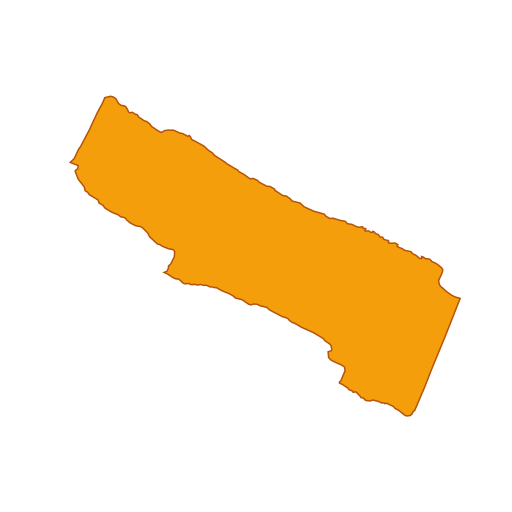 Kimvula, Bas-Congo, Democratic Republic of the Congo (Equal Earth projection), rotated 294°
{"feature_id": "63176286B83971453832478", "entity_name": "Kimvula", "entity_type": "district", "adm_level": 2, "iso_a3": "COD", "parent_name": "Democratic Republic of the Congo", "parent_adm1": "Bas-Congo", "projection": "equal_earth", "projection_center": [16.045, -5.418], "detail": "fine", "context": "isolated", "style": "filled", "palette": "amber", "viewbox_px": 512, "rotation_deg": 294, "n_neighbors": 0, "source": "geoboundaries", "source_scale": "gbopen_adm2", "svg_char_len": 4434}
<svg xmlns="http://www.w3.org/2000/svg" viewBox="0 0 512 512"><g transform="rotate(294 256 256)"><path d="M339.1,53.4L336.1,53.6L331.8,53.5L327.6,53.1L322.0,52.7L318.9,52.7L314.9,52.6L309.7,52.5L304.1,52.5L284.8,51.2L281.0,50.5L271.1,50.3L265.9,48.2L266.3,56.7L263.9,57.5L263.3,57.7L260.7,56.2L260.3,56.3L259.8,56.4L258.7,57.5L258.0,58.1L257.9,58.3L253.9,62.3L252.3,65.3L251.4,67.0L249.2,71.0L246.1,73.4L245.8,76.2L244.2,78.8L243.0,88.8L241.8,90.0L240.5,91.2L240.1,95.5L238.3,98.7L237.8,102.5L237.6,104.4L237.6,104.6L237.3,106.6L237.6,113.0L236.8,116.4L237.2,118.3L237.5,119.8L237.4,120.7L237.4,121.5L236.9,122.2L236.4,123.0L235.0,127.7L234.7,133.9L235.9,138.4L235.8,140.2L235.8,140.3L235.2,142.0L233.1,147.5L231.0,150.1L230.3,151.0L229.3,153.9L228.3,156.9L227.2,160.1L226.9,161.0L227.3,163.3L226.8,166.8L227.0,171.5L227.1,173.7L227.5,175.2L228.0,177.1L228.0,178.4L227.1,179.6L227.0,179.9L222.0,181.7L213.7,181.3L211.5,180.1L209.2,180.9L206.0,180.9L203.6,178.7L203.6,182.3L202.6,188.2L202.5,188.8L202.5,192.6L203.4,193.6L203.3,194.7L203.2,195.8L202.9,196.6L201.6,200.5L201.6,202.2L203.5,205.7L203.3,207.7L203.7,208.9L204.2,210.2L204.7,210.5L204.9,210.6L205.8,214.7L207.4,216.8L208.0,220.4L209.1,222.6L209.1,226.7L209.9,228.3L210.3,231.4L210.8,232.1L211.0,232.3L210.4,239.1L210.5,242.6L210.7,246.0L210.3,251.2L209.2,254.4L210.4,260.7L210.2,262.2L209.2,267.5L209.0,268.8L209.0,269.1L209.2,271.1L211.1,273.2L212.4,276.7L212.2,279.7L213.4,286.8L212.3,290.2L212.0,293.7L211.3,305.1L211.9,309.1L211.6,311.3L210.8,312.4L210.0,316.3L210.3,318.2L209.9,322.3L209.4,326.1L209.4,332.5L209.4,338.8L208.0,351.0L206.7,353.3L205.3,360.2L204.5,361.1L201.1,363.4L199.8,363.2L199.4,362.6L197.8,360.8L195.8,362.0L192.8,363.6L191.5,366.6L191.2,369.6L191.2,373.8L191.2,378.2L190.7,381.8L187.6,384.0L184.4,384.1L180.4,384.2L176.5,384.3L174.7,383.5L174.3,383.8L173.8,384.0L173.8,387.4L172.6,393.9L172.1,394.7L171.7,395.3L171.8,397.1L171.8,399.0L171.0,400.1L172.5,402.4L170.5,407.7L169.4,409.5L169.9,412.2L168.9,413.7L168.9,413.8L168.8,415.6L170.2,419.6L171.2,420.5L171.4,420.7L171.9,421.1L172.7,425.6L173.0,427.3L172.8,430.3L173.1,431.0L173.8,432.3L173.5,433.9L174.6,435.0L174.4,442.8L173.3,445.1L173.2,447.2L173.0,449.3L171.6,454.5L171.0,456.9L171.2,458.8L172.1,460.3L172.9,461.7L174.9,462.7L178.1,462.9L179.4,463.8L179.6,463.8L204.7,463.4L224.1,462.5L256.3,461.6L257.6,461.6L285.5,460.4L299.1,459.8L300.3,459.8L299.6,454.8L299.7,451.0L300.4,447.4L301.4,442.9L302.7,439.5L303.3,436.8L304.7,435.2L306.6,433.5L307.9,432.9L311.1,432.8L314.1,432.9L317.8,432.7L319.7,432.0L320.9,429.8L322.0,426.0L322.5,422.6L322.4,418.8L323.2,417.4L323.6,416.6L323.6,414.7L322.7,412.7L322.5,412.2L322.8,410.5L323.1,408.8L323.1,408.7L322.9,407.5L321.4,408.5L320.3,406.6L321.7,401.8L321.8,398.0L323.0,395.9L321.7,389.6L322.2,386.5L322.1,385.4L322.0,382.8L322.3,380.9L324.0,381.0L324.5,378.0L321.9,372.8L321.9,372.6L322.0,372.5L322.1,371.3L323.5,371.3L323.9,370.2L323.5,368.7L323.3,367.7L323.4,365.6L324.7,364.0L323.7,361.7L323.9,361.4L325.3,359.0L325.1,356.4L326.2,353.8L326.1,353.5L326.0,352.7L324.9,352.8L324.3,350.8L324.8,348.8L323.4,346.3L323.5,345.1L325.4,345.4L325.6,344.5L325.5,344.3L324.8,343.1L324.9,342.7L325.0,342.0L325.6,341.9L325.9,341.8L325.9,341.1L324.1,338.4L323.7,336.3L323.9,330.6L323.1,327.9L322.7,326.5L324.0,323.3L322.8,318.7L321.8,310.7L321.0,309.6L320.7,309.2L320.6,308.9L320.4,307.3L320.7,304.0L322.0,301.3L321.5,297.6L320.4,290.3L320.5,280.0L322.3,274.8L322.1,273.7L320.9,266.3L322.0,264.6L323.1,259.5L322.1,255.8L323.7,246.6L324.7,245.8L325.2,240.4L324.1,237.5L324.7,229.0L325.7,226.5L325.7,221.8L324.5,220.0L324.3,219.6L324.3,217.7L324.9,215.2L325.7,211.4L326.0,206.6L326.0,206.2L327.1,204.1L327.3,200.8L328.3,193.4L328.3,192.1L329.1,189.9L329.5,187.1L330.6,179.9L330.9,178.0L331.0,177.2L331.8,175.5L332.4,174.3L333.3,169.2L334.1,166.9L335.3,163.7L336.3,149.7L336.8,149.2L337.6,148.3L338.0,147.9L338.2,147.7L338.5,147.0L338.9,145.9L337.6,145.2L338.0,139.3L337.3,136.1L337.4,132.8L337.4,129.5L335.8,125.8L335.3,124.5L333.3,121.4L330.6,119.6L330.3,118.5L330.6,115.0L331.9,107.7L333.4,105.5L333.7,104.3L334.3,102.0L334.4,101.7L334.2,100.3L334.1,98.8L334.1,98.6L335.3,92.1L336.8,90.2L336.8,89.9L336.4,88.4L336.8,85.7L336.9,85.1L337.0,84.8L335.5,82.2L335.8,80.6L336.7,80.1L339.3,76.6L339.6,75.1L339.5,74.4L338.8,71.4L339.4,68.4L340.4,67.0L341.1,66.1L342.8,63.8L343.2,61.0L342.8,58.2L339.1,53.4Z" fill="#f59e0b" stroke="#b45309" stroke-width="1.5"/></g></svg>